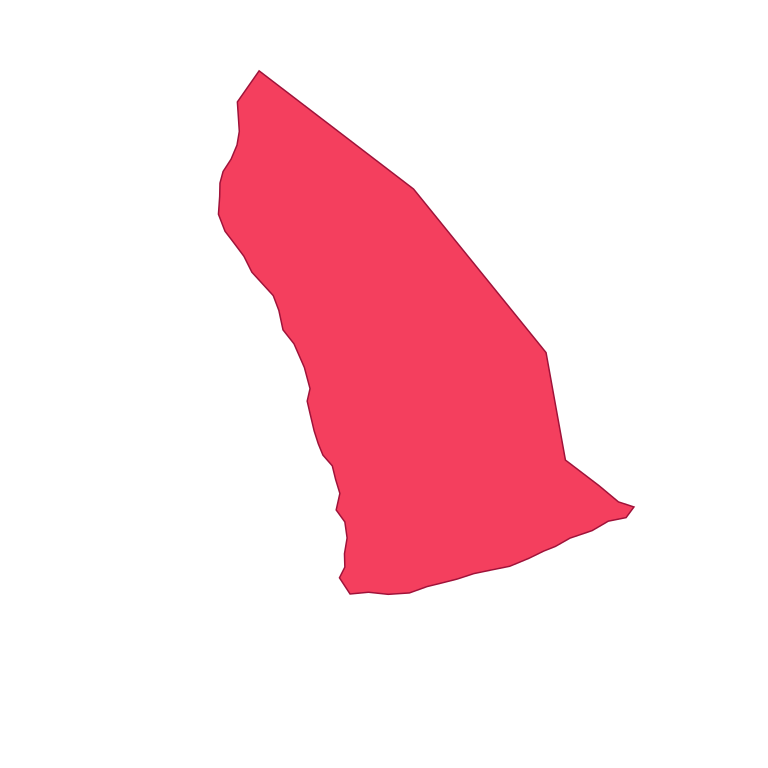 São Miguel dos Milagres, Alagoas, Brazil (Mercator projection), rotated 33°
{"feature_id": "56859067B37643170817280", "entity_name": "São Miguel dos Milagres", "entity_type": "district", "adm_level": 2, "iso_a3": "BRA", "parent_name": "Brazil", "parent_adm1": "Alagoas", "projection": "mercator", "projection_center": [-35.405, -9.238], "detail": "fine", "context": "isolated", "style": "filled", "palette": "rose", "viewbox_px": 768, "rotation_deg": 33, "n_neighbors": 0, "source": "geoboundaries", "source_scale": "gbopen_adm2", "svg_char_len": 866}
<svg xmlns="http://www.w3.org/2000/svg" viewBox="0 0 768 768"><g transform="rotate(33 384 384)"><path d="M469.9,578.6L484.4,567.1L502.1,558.1L519.1,545.4L530.4,530.5L541.2,519.0L551.8,507.5L562.6,494.1L574.7,482.1L588.7,468.4L600.5,451.2L608.9,437.2L616.3,426.7L623.9,412.0L638.4,393.6L646.8,376.9L659.8,364.2L660.6,351.0L644.8,355.2L620.0,352.2L577.6,349.0L502.8,269.4L302.6,204.4L108.7,189.4L107.4,227.3L117.5,240.8L125.1,251.0L130.6,263.7L133.3,278.7L133.3,293.4L137.0,304.8L144.1,316.3L152.7,331.8L167.5,342.5L178.8,346.5L197.0,353.2L212.3,362.2L243.0,370.2L255.8,379.6L269.8,393.6L286.6,399.3L308.2,413.5L324.5,428.2L328.9,440.2L337.7,448.7L351.0,461.4L361.4,469.9L371.5,476.9L385.2,480.8L395.3,490.3L406.6,499.8L412.5,515.7L426.3,521.0L436.9,533.2L443.3,547.9L450.9,558.9L452.2,570.8L469.9,578.6Z" fill="#f43f5e" stroke="#9f1239" stroke-width="1.5"/></g></svg>